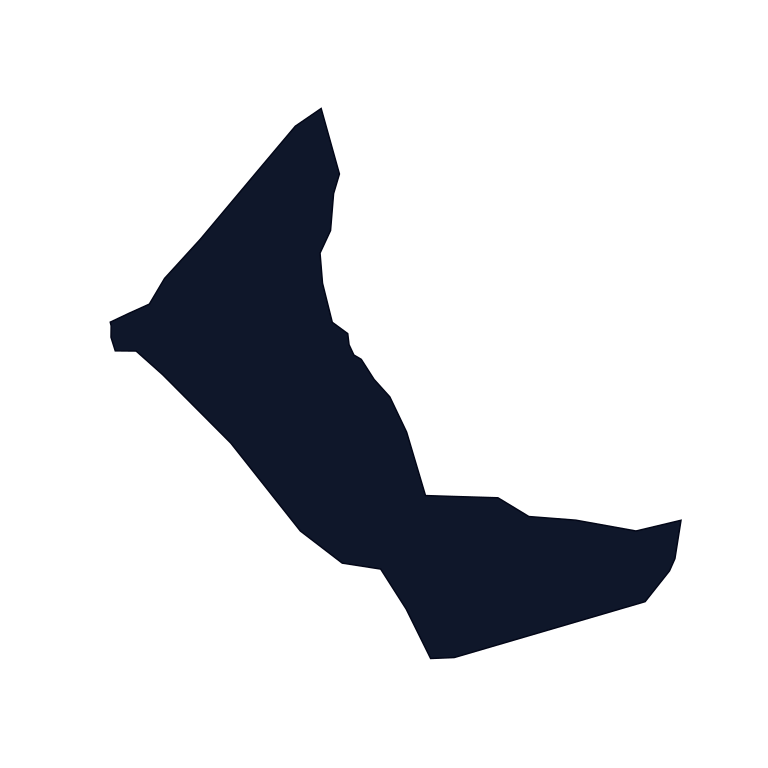 the border of Koubia, rotated 75°
{"feature_id": "GIN-5645", "entity_name": "Koubia", "entity_type": "Prefecture", "adm_level": 1, "iso_a3": "GIN", "parent_name": "Guinea", "parent_adm1": "", "projection": "orthographic", "projection_center": [-11.818, 11.71], "detail": "fine", "context": "isolated", "style": "filled", "palette": "ink", "viewbox_px": 768, "rotation_deg": 75, "n_neighbors": 0, "source": "natural_earth", "source_scale": "10m", "svg_char_len": 698}
<svg xmlns="http://www.w3.org/2000/svg" viewBox="0 0 768 768"><g transform="rotate(75 384 384)"><path d="M592.5,132.4L628.0,148.2L638.4,156.6L661.8,188.1L666.4,386.9L661.2,410.0L607.2,420.8L561.9,435.1L546.2,470.7L504.4,502.8L401.4,547.3L317.7,595.4L288.0,614.9L282.4,635.0L268.2,635.6L257.2,632.5L253.4,632.4L249.6,611.4L246.1,590.0L225.2,568.6L196.6,523.9L146.8,452.8L112.0,402.9L101.6,373.4L169.6,372.7L187.0,383.4L221.9,395.9L241.0,411.9L270.7,417.3L311.0,418.0L326.0,406.0L337.0,407.6L348.2,405.6L354.3,399.6L377.0,392.4L398.0,381.7L436.3,374.6L502.5,372.8L509.5,349.7L523.4,303.4L549.5,278.4L565.2,233.9L591.2,178.7L592.5,132.4Z" fill="#0f172a" stroke="#020617" stroke-width="1.5"/></g></svg>